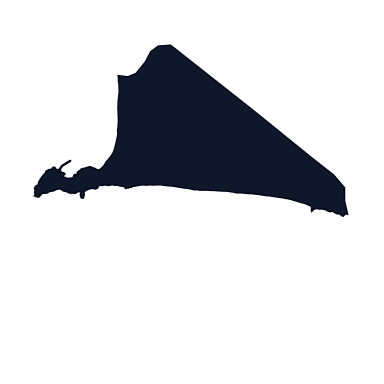 the district of Punta del Este, Maldonado, Uruguay, rotated 41°
{"feature_id": "84410073B81249884827447", "entity_name": "Punta del Este", "entity_type": "district", "adm_level": 2, "iso_a3": "URY", "parent_name": "Uruguay", "parent_adm1": "Maldonado", "projection": "albers", "projection_center": [-54.934, -34.944], "detail": "fine", "context": "isolated", "style": "filled", "palette": "ink", "viewbox_px": 384, "rotation_deg": 41, "n_neighbors": 0, "source": "geoboundaries", "source_scale": "gbopen_adm2", "svg_char_len": 4317}
<svg xmlns="http://www.w3.org/2000/svg" viewBox="0 0 384 384"><g transform="rotate(41 192 192)"><path d="M60.0,152.6L61.3,153.9L62.6,155.2L63.8,156.6L65.0,157.5L66.4,158.7L67.2,159.6L67.6,160.1L67.8,160.4L68.8,161.3L69.9,162.7L71.3,163.9L71.7,164.6L72.0,165.3L72.7,166.0L74.3,168.4L75.2,169.4L75.8,170.6L77.5,172.9L78.9,174.5L80.7,176.8L83.0,179.3L85.4,181.8L87.7,184.2L90.0,186.8L91.5,188.8L93.3,191.0L94.4,192.7L95.6,194.5L97.5,196.3L99.3,198.8L100.7,201.5L102.5,204.7L104.2,208.1L105.7,211.2L106.9,214.5L107.3,217.5L107.5,221.2L107.6,224.1L107.4,225.4L107.6,226.2L108.0,227.9L108.3,230.2L108.1,233.1L107.8,235.3L107.3,236.3L106.9,236.8L106.7,236.9L104.9,237.7L103.4,237.9L101.8,238.5L100.6,239.1L99.3,239.4L98.4,239.9L97.1,241.5L96.1,243.4L95.2,244.7L94.3,245.9L93.8,246.6L93.4,247.2L93.3,248.6L93.3,249.6L92.9,250.4L92.7,251.3L92.5,252.2L92.8,252.8L93.2,252.4L93.5,252.9L94.3,252.7L94.7,253.0L94.2,254.7L93.6,254.8L92.9,255.0L92.5,255.3L93.1,255.5L92.8,255.6L92.3,255.6L91.9,256.2L92.0,257.1L92.4,257.9L92.6,258.9L92.8,259.6L92.5,260.5L91.4,260.9L90.5,262.2L90.2,262.2L89.2,263.7L88.9,263.6L83.9,265.3L84.2,263.1L84.3,262.3L84.4,261.9L82.9,261.7L82.7,261.6L81.0,262.7L79.9,262.5L78.0,262.3L77.2,257.6L80.1,248.5L79.7,248.0L79.2,248.5L76.5,257.2L76.4,258.1L76.9,261.1L76.8,262.1L76.2,263.1L75.4,263.7L74.3,264.1L73.8,263.9L73.5,263.8L72.8,263.5L72.2,263.5L71.5,264.0L71.0,264.6L70.9,265.4L71.0,265.9L71.4,266.1L70.4,267.8L69.2,269.2L69.0,269.6L69.0,270.1L68.9,270.8L68.5,271.2L68.5,271.8L68.1,272.3L68.9,273.0L68.9,273.7L68.8,274.8L68.7,275.5L68.8,277.4L69.0,280.6L69.5,283.1L69.7,284.6L70.5,286.2L71.2,287.9L70.6,288.8L70.6,289.6L70.1,290.3L70.4,291.2L70.9,292.5L71.4,293.0L72.2,292.8L72.2,293.5L72.7,293.9L73.4,295.0L73.5,295.4L74.0,295.4L74.6,295.6L74.5,295.8L74.6,296.2L75.2,296.2L75.1,296.8L75.3,297.1L75.4,297.6L75.7,297.2L75.9,297.3L75.9,297.7L76.2,297.3L76.5,297.4L76.7,297.1L77.1,297.2L77.2,297.7L77.4,297.5L77.4,297.2L77.6,297.2L78.4,297.3L79.3,296.7L79.9,295.6L79.6,294.7L79.9,293.4L79.6,292.3L80.2,291.0L81.4,289.7L82.3,288.9L83.2,288.0L83.7,286.5L84.4,284.6L85.3,283.6L86.3,282.6L87.4,280.8L87.5,279.7L88.7,278.1L89.1,277.5L89.5,277.0L90.5,276.2L91.7,275.8L93.1,275.6L94.3,275.6L94.8,275.2L96.5,274.3L97.8,273.8L99.1,273.3L99.4,273.5L100.0,273.3L100.8,272.4L101.5,272.4L101.6,271.7L102.0,271.4L101.7,271.2L102.2,270.6L102.5,270.6L103.4,270.8L103.6,270.5L104.2,269.9L104.8,269.6L104.7,269.2L105.1,268.7L105.2,267.5L106.3,266.0L107.6,265.2L108.5,264.7L109.4,267.0L109.9,267.2L109.8,267.6L110.4,267.7L110.7,268.0L111.2,268.2L111.3,268.6L111.7,268.5L112.1,268.9L112.3,268.6L112.6,268.8L112.9,268.6L113.2,268.6L113.8,268.3L113.8,267.9L113.5,266.9L113.0,265.7L112.5,265.1L112.3,264.5L111.1,263.7L110.8,262.9L110.3,262.1L110.7,261.3L111.0,260.4L111.5,259.1L112.1,257.5L113.1,256.2L114.0,255.2L114.4,254.3L115.1,254.2L115.8,253.8L116.4,253.5L117.1,252.9L117.2,252.1L117.5,252.2L118.0,251.7L117.7,251.1L118.0,250.3L117.0,250.2L117.4,249.3L117.5,248.1L118.4,247.0L119.9,246.1L121.6,243.8L125.1,241.4L127.0,238.8L129.3,237.5L130.9,235.9L133.6,234.7L136.9,232.5L138.1,232.4L139.6,232.9L140.0,231.6L141.2,230.9L142.1,229.0L143.2,228.1L143.2,226.8L144.3,225.8L145.5,224.4L147.8,221.5L149.8,219.2L153.1,216.7L155.8,213.9L157.9,212.4L159.0,211.3L161.8,208.7L164.0,206.8L166.1,205.6L169.3,203.3L171.7,201.5L174.6,199.5L178.0,197.5L180.8,195.7L183.0,194.4L185.5,192.6L186.7,191.8L190.1,189.9L192.3,188.8L193.7,187.3L196.4,185.7L199.9,182.6L202.0,180.8L203.8,179.5L204.9,178.6L206.9,176.9L211.0,173.8L214.3,171.3L217.1,168.9L220.6,166.6L223.2,165.0L226.7,163.0L229.3,160.6L232.6,158.2L235.6,156.1L237.9,154.2L241.4,151.8L244.3,149.8L247.1,148.1L250.1,146.2L252.8,144.1L257.3,141.3L261.4,138.7L264.1,136.9L266.7,135.4L268.8,134.1L271.4,132.7L274.7,131.2L277.8,129.8L280.7,128.6L282.9,127.4L285.6,126.2L288.3,125.4L290.9,124.8L292.8,125.2L293.3,126.4L294.1,127.5L295.0,128.2L295.2,127.4L295.2,126.5L295.3,125.2L295.8,123.8L297.5,122.3L299.5,121.2L300.9,119.6L302.6,118.8L304.0,117.8L306.7,117.3L309.1,116.3L310.7,114.3L314.5,113.6L316.2,113.0L316.9,112.1L318.3,111.6L320.5,111.6L321.9,111.1L322.0,109.6L322.0,107.9L324.0,106.7L312.9,98.6L304.3,88.7L287.5,86.3L259.8,87.7L184.5,90.3L79.6,95.3L70.9,103.9L68.8,113.1L71.5,124.4L72.0,139.3L68.0,147.2L60.0,152.6Z" fill="#0f172a" stroke="#020617" stroke-width="1.5"/></g></svg>